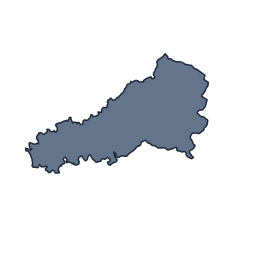 outline of Edéia, Goiás, Brazil, rotated 37°
{"feature_id": "56859067B71321794854709", "entity_name": "Edéia", "entity_type": "district", "adm_level": 2, "iso_a3": "BRA", "parent_name": "Brazil", "parent_adm1": "Goiás", "projection": "albers", "projection_center": [-49.992, -17.506], "detail": "fine", "context": "isolated", "style": "filled", "palette": "slate", "viewbox_px": 256, "rotation_deg": 37, "n_neighbors": 0, "source": "geoboundaries", "source_scale": "gbopen_adm2", "svg_char_len": 5844}
<svg xmlns="http://www.w3.org/2000/svg" viewBox="0 0 256 256"><g transform="rotate(37 128 128)"><path d="M75.1,155.3L75.7,158.3L75.3,159.0L74.3,158.9L73.0,160.9L72.3,161.7L71.4,164.0L70.4,164.9L69.2,166.5L68.8,167.2L68.3,168.2L68.4,169.3L69.5,169.7L70.7,170.0L71.5,170.5L72.1,171.2L73.2,173.5L73.0,174.4L72.4,175.1L71.7,174.7L70.9,174.5L70.4,175.2L70.1,176.3L68.8,177.2L67.7,177.3L66.9,176.8L65.6,176.8L64.2,177.8L64.6,178.5L65.5,178.9L65.8,179.7L65.5,180.9L65.1,182.3L64.6,183.7L63.8,184.1L62.4,183.9L61.1,184.3L60.6,185.1L59.8,185.5L60.4,186.5L60.3,187.4L59.9,188.1L60.4,188.9L60.4,190.0L61.0,191.1L61.8,191.6L62.8,191.7L63.6,192.1L64.5,192.7L65.1,193.3L65.9,194.5L64.6,195.0L63.9,196.3L63.1,197.3L62.2,197.6L61.0,197.8L59.8,198.4L58.5,198.6L58.2,199.8L59.3,201.0L60.9,202.4L61.8,203.0L62.8,203.0L63.6,202.6L63.6,204.0L62.3,204.8L61.4,205.0L60.4,205.0L59.5,205.5L58.5,205.8L59.0,206.6L60.5,207.6L61.4,206.9L62.4,206.6L63.4,206.9L64.6,207.5L66.3,208.0L67.8,209.2L69.1,210.0L70.0,210.5L70.9,211.5L72.0,212.6L72.8,213.2L73.3,213.9L73.9,215.5L74.7,216.3L75.7,216.4L76.7,215.9L77.9,214.9L79.1,214.5L80.0,213.6L79.4,210.7L80.9,210.5L81.7,211.1L82.7,210.9L84.1,209.6L84.7,208.6L85.6,207.8L86.8,207.6L86.8,208.9L86.4,209.9L87.4,211.1L88.4,211.2L89.3,210.6L90.1,210.8L91.2,211.4L92.0,210.7L92.8,210.1L92.8,209.0L93.1,207.7L93.5,206.9L94.9,206.7L96.1,207.2L96.9,207.7L97.9,207.1L98.9,206.1L100.0,205.2L99.5,204.3L98.6,204.2L97.7,203.6L97.2,202.6L96.6,201.3L96.6,200.0L96.6,199.1L97.4,198.8L97.2,197.4L97.7,196.0L98.4,194.8L98.1,193.4L97.2,192.8L96.2,192.5L95.1,192.0L94.9,191.2L94.9,190.3L95.3,189.2L97.4,189.6L98.5,190.0L98.7,191.7L99.8,192.6L100.4,191.8L100.9,190.5L102.3,190.6L103.3,190.0L104.1,189.7L105.0,190.1L105.7,189.7L105.9,188.8L106.6,189.5L107.9,189.2L108.8,189.0L109.3,187.9L110.3,186.8L110.0,185.5L109.2,184.2L107.5,183.5L106.9,182.2L106.5,180.9L107.8,178.1L110.3,179.1L112.0,179.6L113.5,179.9L114.2,178.9L114.3,177.8L114.0,176.6L113.2,174.2L113.3,173.0L114.0,172.2L115.9,173.1L117.0,173.4L118.5,174.0L119.5,174.2L120.8,174.2L122.5,174.6L124.1,173.8L124.6,172.5L126.0,171.4L126.1,170.2L125.8,169.4L126.0,168.3L126.7,167.3L128.0,167.2L128.7,166.1L129.0,165.0L129.5,163.8L130.8,163.6L131.6,164.0L132.6,164.0L133.4,164.4L133.4,165.7L132.8,166.6L132.3,167.5L132.9,168.3L134.3,168.9L135.1,168.8L136.1,168.5L136.6,166.1L137.0,165.1L138.3,163.1L138.7,161.9L138.8,161.0L138.6,160.2L137.6,159.7L135.9,159.3L135.1,158.9L134.3,158.6L133.2,157.5L132.7,155.8L133.5,155.8L134.3,156.6L135.3,157.4L136.6,157.7L137.7,157.7L138.5,157.0L138.7,155.8L139.3,154.8L140.8,153.1L143.0,152.2L143.9,151.2L144.2,148.2L144.8,145.8L145.3,144.8L145.8,143.3L146.3,141.0L146.4,139.6L146.4,137.8L147.1,136.4L147.9,135.3L148.2,134.0L147.9,133.0L147.4,132.2L147.2,131.0L148.0,129.8L149.2,127.4L150.2,127.3L152.2,128.0L153.1,127.9L154.1,127.4L155.2,127.2L157.4,127.4L158.5,127.1L159.7,126.2L161.5,125.9L162.5,125.9L163.4,126.0L164.4,125.6L165.5,124.8L166.2,123.9L167.2,123.6L167.7,122.8L168.5,122.2L169.5,121.8L170.6,121.7L171.7,121.8L172.5,121.7L173.3,121.3L174.0,120.5L174.8,119.1L176.0,117.9L176.6,117.0L176.9,115.8L177.5,115.2L178.2,114.6L179.2,114.5L179.6,115.6L180.6,116.4L181.7,116.3L183.1,115.3L185.5,114.7L186.4,113.7L187.2,112.9L188.2,112.5L189.4,113.2L190.5,114.3L192.5,115.1L194.1,115.0L195.2,114.6L196.4,114.6L197.3,114.1L197.8,113.0L197.8,112.0L196.2,112.0L194.2,111.3L192.6,110.8L191.6,110.2L191.1,109.5L191.1,108.7L191.5,107.8L192.1,106.8L192.3,105.9L192.5,104.9L192.5,103.8L192.3,102.4L192.0,101.5L190.6,101.6L189.7,101.4L187.6,100.0L186.5,99.5L185.3,99.2L183.9,98.5L183.0,97.4L182.5,95.0L182.6,93.4L184.1,91.9L185.5,91.1L186.7,90.3L187.8,90.0L188.4,89.0L188.7,87.8L189.7,84.3L189.4,83.4L189.0,82.5L189.1,81.0L189.4,79.7L189.3,78.5L189.0,77.5L188.6,76.7L188.2,75.8L187.4,74.3L186.4,73.6L185.1,73.8L182.0,73.6L179.4,74.9L177.8,74.8L176.8,74.5L175.6,74.6L174.3,74.6L173.8,73.2L173.9,72.3L174.2,71.2L174.6,70.4L175.8,69.5L176.6,68.7L176.7,66.8L176.7,65.1L176.6,63.7L176.1,62.7L175.6,61.3L175.2,60.5L174.8,59.3L174.2,57.9L167.7,58.4L167.1,57.0L167.6,55.6L167.4,53.5L167.2,51.4L166.5,49.6L166.5,47.8L166.4,46.3L165.3,44.2L164.7,43.3L159.3,43.5L157.7,39.6L147.3,39.7L146.6,40.3L145.0,40.5L142.9,40.1L140.7,39.9L139.0,41.0L136.8,41.8L135.4,42.8L133.8,42.8L131.9,43.1L130.4,43.5L128.4,44.7L127.1,45.9L125.9,46.4L124.6,46.7L122.0,47.1L120.5,47.0L119.3,48.0L117.9,48.4L116.6,46.9L114.7,46.9L113.6,46.2L113.0,46.7L112.8,48.9L112.9,50.0L112.2,52.1L112.2,53.2L111.5,53.9L111.1,54.9L111.2,55.9L111.0,57.1L111.5,58.3L112.4,58.9L113.7,60.1L114.0,61.2L114.3,62.6L114.4,64.0L115.2,66.2L115.3,67.8L115.6,69.2L116.2,70.1L118.7,71.0L118.7,72.5L118.1,74.0L116.9,74.1L116.2,73.4L115.3,73.5L114.5,74.8L112.7,77.9L112.4,79.3L111.9,80.4L112.5,81.6L111.6,82.2L111.2,83.1L110.4,83.7L109.4,84.6L108.1,84.3L106.6,84.7L105.6,85.3L105.0,86.1L103.8,88.6L103.2,89.2L102.3,89.4L102.7,90.5L102.7,91.6L102.1,92.4L101.4,93.1L101.2,94.2L101.8,96.0L102.0,97.5L101.8,98.6L102.7,101.7L102.7,103.0L102.3,103.8L102.0,105.1L102.3,106.0L101.8,107.4L102.0,109.4L101.0,110.0L100.8,111.2L101.0,112.5L100.0,114.4L99.3,114.8L98.2,114.6L97.1,114.9L96.4,114.5L95.9,116.0L95.7,117.2L95.2,117.8L96.0,119.9L97.0,119.8L97.6,120.9L97.5,122.0L98.6,123.7L98.4,125.0L97.1,125.6L96.1,126.3L95.8,127.3L95.9,128.6L96.3,129.8L97.1,130.6L97.4,131.6L95.8,132.4L94.6,133.1L94.9,133.9L96.1,134.0L96.4,135.2L95.9,136.2L95.7,137.3L95.1,137.9L94.5,138.7L93.7,139.4L92.9,139.6L91.1,139.1L90.6,140.2L91.6,142.4L91.3,143.6L91.2,144.9L91.0,145.7L90.6,146.5L89.7,147.4L88.6,147.4L88.1,148.7L88.0,149.7L88.7,150.4L89.1,151.2L89.1,152.8L88.5,153.4L86.8,153.7L85.5,153.1L85.0,154.0L84.7,154.9L84.1,154.2L83.5,154.8L81.8,155.4L81.2,155.9L80.9,157.2L79.6,156.7L78.7,156.1L77.4,155.3L76.5,154.9L76.1,154.0L75.3,154.3L75.1,155.3ZM132.7,155.8L131.6,156.5L131.5,155.6L132.7,155.8Z" fill="#64748b" stroke="#1e293b" stroke-width="1.5"/></g></svg>